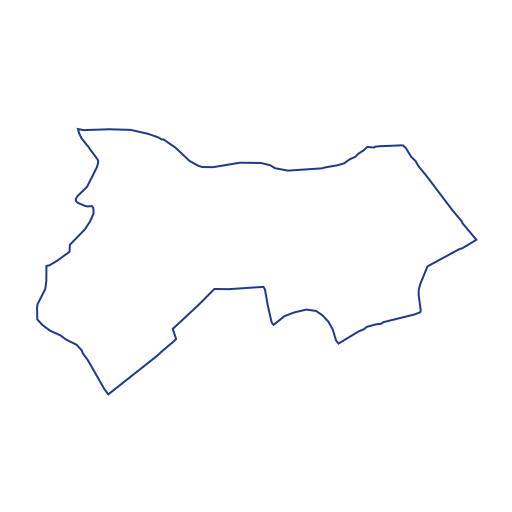 outline of Totonicapán, Totonicapán, Guatemala, rotated 358°
{"feature_id": "79465075B19896834166836", "entity_name": "Totonicapán", "entity_type": "district", "adm_level": 2, "iso_a3": "GTM", "parent_name": "Guatemala", "parent_adm1": "Totonicapán", "projection": "natural_earth1", "projection_center": [-91.331, 14.892], "detail": "fine", "context": "isolated", "style": "outline", "palette": "blue", "viewbox_px": 512, "rotation_deg": 358, "n_neighbors": 0, "source": "geoboundaries", "source_scale": "gbopen_adm2", "svg_char_len": 1650}
<svg xmlns="http://www.w3.org/2000/svg" viewBox="0 0 512 512"><g transform="rotate(358 256 256)"><path d="M103.6,389.1L153.9,352.1L159.4,347.4L167.0,341.4L170.8,338.5L173.2,336.2L172.7,334.1L171.1,329.0L170.3,325.9L176.0,321.0L196.5,303.2L213.3,287.5L227.4,288.2L262.4,287.1L263.8,289.8L266.0,305.6L269.3,322.9L271.2,325.4L282.2,317.2L292.0,313.8L304.3,311.3L314.1,313.0L320.2,317.5L326.0,324.1L330.1,332.0L333.0,343.1L335.4,346.4L355.3,335.3L361.1,333.0L364.5,330.6L373.5,328.5L378.5,328.2L380.8,326.6L412.6,319.9L418.3,317.9L418.7,316.0L417.2,300.4L417.5,295.2L419.3,289.4L427.1,272.3L459.5,256.2L462.6,255.4L476.8,247.5L463.6,230.6L463.0,228.8L453.9,217.1L429.8,182.8L422.6,173.3L420.8,170.6L418.8,166.7L414.6,162.3L409.6,153.5L406.6,150.5L383.9,150.6L378.9,150.9L377.8,151.7L371.0,150.9L367.1,154.3L361.9,157.3L358.8,160.3L352.9,162.7L347.2,166.5L340.5,168.2L328.6,169.8L324.7,170.7L291.0,171.8L278.0,168.9L273.4,165.8L264.1,163.2L243.2,162.2L216.4,165.7L205.4,165.2L201.5,163.8L192.9,158.7L179.4,145.0L167.6,136.3L165.8,136.2L162.3,134.0L152.6,130.2L135.3,125.6L113.5,124.2L88.3,124.2L82.5,122.9L83.4,127.0L85.8,132.3L90.8,139.1L92.5,141.2L94.0,143.7L100.8,153.6L101.4,154.7L101.6,156.3L101.3,158.0L100.8,159.6L99.9,162.1L89.6,180.9L79.8,189.8L77.8,193.0L78.0,194.6L79.5,196.5L86.7,199.9L89.3,200.6L93.8,200.4L95.1,202.6L95.2,207.7L91.4,215.7L85.9,223.4L70.4,238.3L69.8,245.2L57.3,253.7L49.0,258.2L46.2,258.6L45.6,273.6L44.2,281.8L36.1,296.3L35.4,299.8L35.2,311.7L40.0,317.4L45.3,321.6L47.4,323.4L57.8,328.5L63.4,333.0L73.7,338.5L78.7,344.5L79.3,346.8L84.5,354.6L99.8,383.7L103.6,389.1Z" fill="none" stroke="#1e3a8a" stroke-width="2"/></g></svg>